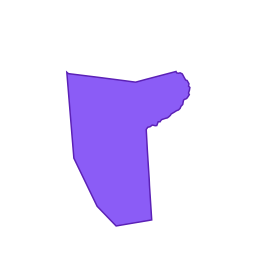 Nova Colinas, Maranhão, Brazil (orthographic projection), rotated 226°
{"feature_id": "56859067B45184802604131", "entity_name": "Nova Colinas", "entity_type": "district", "adm_level": 2, "iso_a3": "BRA", "parent_name": "Brazil", "parent_adm1": "Maranhão", "projection": "orthographic", "projection_center": [-46.287, -7.173], "detail": "fine", "context": "isolated", "style": "filled", "palette": "violet", "viewbox_px": 256, "rotation_deg": 226, "n_neighbors": 0, "source": "geoboundaries", "source_scale": "gbopen_adm2", "svg_char_len": 851}
<svg xmlns="http://www.w3.org/2000/svg" viewBox="0 0 256 256"><g transform="rotate(226 128 128)"><path d="M210.6,122.7L143.9,68.1L93.1,51.4L85.4,51.4L65.8,51.4L65.1,52.4L60.0,59.9L45.4,81.2L71.7,103.5L76.1,107.4L97.9,125.9L114.3,140.1L114.8,142.7L113.5,145.0L113.3,147.4L112.3,148.2L110.8,149.1L109.8,150.4L111.5,154.1L110.2,155.4L110.6,156.9L110.6,158.2L109.0,161.5L107.9,163.4L107.7,165.3L107.7,167.3L108.1,168.8L107.3,172.1L106.7,175.0L105.9,176.8L105.9,179.1L106.8,181.1L106.9,183.7L109.4,187.2L109.4,188.6L108.7,189.8L108.5,191.4L109.4,195.3L111.1,195.8L112.4,198.3L114.2,200.7L116.0,200.6L117.5,202.6L121.1,203.5L122.5,202.8L125.3,203.5L127.7,204.2L129.3,204.6L131.5,203.8L132.4,202.2L133.9,201.3L135.3,201.8L150.3,175.1L155.7,165.3L164.9,158.0L187.0,140.3L208.5,122.9L210.6,122.7Z" fill="#8b5cf6" stroke="#5b21b6" stroke-width="1.5"/></g></svg>